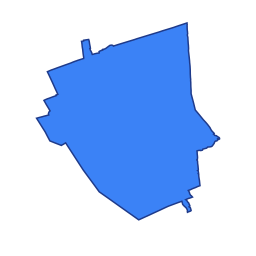 Gioseni, Bacau, Romania, rotated 347°
{"feature_id": "2599482B9784344865967", "entity_name": "Gioseni", "entity_type": "district", "adm_level": 2, "iso_a3": "ROU", "parent_name": "Romania", "parent_adm1": "Bacau", "projection": "natural_earth1", "projection_center": [27.009, 46.422], "detail": "fine", "context": "isolated", "style": "filled", "palette": "blue", "viewbox_px": 256, "rotation_deg": 347, "n_neighbors": 0, "source": "geoboundaries", "source_scale": "gbopen_adm2", "svg_char_len": 4216}
<svg xmlns="http://www.w3.org/2000/svg" viewBox="0 0 256 256"><g transform="rotate(347 128 128)"><path d="M150.1,213.2L151.1,213.1L153.3,212.8L157.1,212.3L160.3,211.9L164.0,211.5L164.1,214.1L164.1,214.7L165.0,216.4L166.7,218.9L167.2,220.4L167.4,221.4L167.0,222.8L167.0,223.5L167.4,223.4L169.5,223.1L169.8,223.1L170.5,222.9L170.9,222.7L171.0,222.2L170.9,221.5L170.9,221.1L170.9,220.7L170.9,220.3L170.8,219.7L170.7,219.4L170.5,219.1L170.0,218.9L169.8,218.6L169.8,218.3L170.2,218.0L170.7,217.8L170.8,217.5L170.7,217.0L170.5,216.3L170.3,215.5L170.4,215.1L170.2,214.6L169.8,213.9L169.4,213.3L169.2,212.4L168.9,211.7L168.1,210.8L169.1,210.6L170.2,210.4L170.4,210.3L170.6,210.3L171.4,210.2L172.1,210.2L173.2,210.1L174.0,210.0L175.3,209.8L174.5,208.3L173.8,207.5L173.6,206.8L173.4,206.0L173.3,205.6L173.3,205.1L173.3,204.5L173.2,203.9L172.7,202.4L174.6,202.2L177.4,201.6L180.4,201.2L182.7,200.7L185.2,200.4L185.4,198.4L185.6,196.9L185.8,195.3L185.9,193.4L186.0,192.1L186.2,190.1L186.4,189.7L186.5,188.7L186.1,188.3L186.6,187.9L186.7,186.6L186.7,185.3L186.4,185.1L187.0,184.8L187.2,184.2L187.4,182.6L187.7,180.5L187.9,178.0L188.2,176.6L188.3,175.6L187.9,174.6L188.1,174.3L188.5,174.2L188.7,173.8L188.9,173.0L189.1,172.5L189.2,172.0L189.4,170.6L189.6,168.8L189.9,167.2L190.0,165.9L191.3,165.7L192.3,165.9L193.3,165.9L193.8,166.4L195.6,166.3L196.2,165.4L200.1,165.3L201.3,164.5L203.4,164.8L204.8,164.9L205.9,164.6L207.0,163.7L207.8,162.9L208.2,162.7L208.7,162.0L209.1,161.4L209.6,160.8L210.3,160.4L211.6,160.6L212.4,160.0L212.9,159.1L212.8,158.7L213.2,158.6L213.6,159.3L213.8,159.6L214.8,159.2L214.9,158.5L214.7,157.9L214.3,157.4L213.7,156.9L213.1,156.3L212.5,155.5L212.1,155.2L211.5,155.0L211.0,154.8L210.7,154.5L210.5,154.0L210.4,153.7L210.3,153.4L210.1,153.3L210.0,153.2L210.5,152.9L210.8,152.6L210.3,151.9L210.0,151.3L209.3,150.2L208.6,148.6L208.2,147.2L208.0,146.2L207.3,144.6L206.3,142.4L205.2,140.3L203.2,136.8L200.6,131.5L199.0,128.3L197.6,125.6L197.5,118.0L197.2,108.7L197.9,105.7L198.5,102.0L199.1,99.1L199.4,97.7L199.7,95.7L200.0,94.7L200.2,93.0L200.8,89.6L201.7,85.4L202.4,81.4L202.8,78.1L203.1,76.4L203.3,74.8L203.5,73.2L203.7,71.4L203.9,69.6L204.0,68.7L204.1,67.8L204.3,66.2L204.6,65.2L204.9,64.2L205.1,63.1L205.3,61.9L205.5,60.8L205.6,59.6L205.8,58.4L206.0,57.2L206.2,56.0L206.4,54.7L206.6,53.8L206.7,53.2L206.7,52.3L206.7,51.1L206.7,50.7L206.8,50.5L207.2,49.8L207.3,49.5L207.4,49.2L207.4,48.7L207.6,47.7L207.7,46.5L207.8,45.7L207.9,44.8L208.0,44.6L208.2,43.5L208.3,43.0L208.4,42.6L208.5,42.3L208.5,42.1L208.5,41.9L208.6,41.6L208.8,40.7L208.9,40.4L209.0,40.3L209.0,40.0L209.0,39.6L209.1,38.9L203.8,39.4L200.4,39.7L197.4,40.0L194.8,40.3L191.9,40.5L186.1,40.9L183.2,41.1L180.3,41.4L177.4,41.6L174.5,41.8L171.6,42.0L168.7,42.2L165.8,42.4L162.9,42.6L160.0,42.8L157.1,43.0L154.2,43.3L151.3,43.5L148.4,43.7L145.5,43.9L142.6,44.1L139.7,44.3L136.8,44.5L132.2,44.9L132.1,44.5L131.5,43.9L130.5,43.5L129.0,43.4L128.0,43.8L124.2,45.5L122.8,45.8L122.6,45.8L122.4,45.8L121.4,46.1L121.3,45.7L121.0,45.7L120.6,45.9L120.6,46.4L119.2,46.5L117.9,46.7L117.0,47.0L117.0,47.8L116.8,48.4L115.6,48.3L114.3,48.2L111.8,48.2L111.0,48.3L109.7,48.3L109.7,47.9L109.6,47.1L109.6,46.4L109.4,45.7L109.2,44.8L108.9,43.9L108.8,43.1L108.8,42.6L108.7,42.0L109.3,41.9L109.4,40.5L109.5,37.5L109.6,36.3L109.7,35.1L109.7,34.5L109.7,34.0L109.6,32.9L107.1,32.7L104.5,32.5L104.4,33.2L103.3,33.2L102.2,33.1L102.2,34.3L101.9,36.8L101.7,38.3L101.6,39.6L101.5,41.5L101.1,44.6L100.9,46.5L100.7,49.3L100.6,49.8L100.4,50.3L99.0,50.4L97.5,50.5L93.9,50.8L92.8,51.0L92.2,51.0L90.5,51.2L90.2,51.3L89.7,51.3L86.9,51.8L85.3,52.0L80.8,52.5L77.5,52.9L74.0,53.3L72.3,53.5L70.1,53.8L67.7,54.1L66.5,54.2L62.1,55.0L62.9,58.6L64.7,67.1L66.1,74.2L66.4,75.4L67.2,79.4L65.3,79.7L65.4,80.3L61.9,80.7L57.4,81.3L56.1,81.4L52.9,82.0L52.3,82.2L53.0,84.5L53.6,86.6L54.8,90.2L55.9,93.8L54.6,94.6L53.7,96.0L53.7,97.5L52.2,97.5L50.7,97.6L49.0,97.6L47.4,97.7L43.1,97.8L41.9,97.9L41.1,97.9L41.8,99.9L46.5,113.4L47.5,117.4L49.0,123.0L53.3,126.0L59.2,130.0L60.2,129.6L61.5,129.3L62.8,128.8L63.9,128.5L74.9,158.8L83.7,179.2L85.6,183.7L87.2,185.5L92.3,191.2L107.2,208.0L117.8,219.9L140.6,215.2L147.5,213.7L148.6,213.5L150.1,213.2Z" fill="#3b82f6" stroke="#1e3a8a" stroke-width="1.5"/></g></svg>